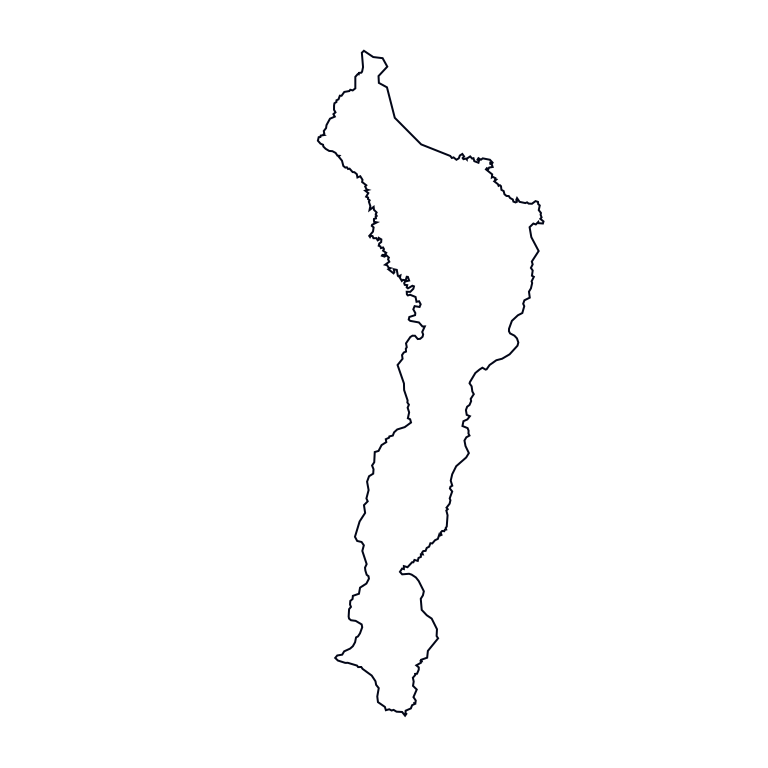 Laranjal do Jari, Amapá, Brazil, rotated 38°
{"feature_id": "56859067B40732020557984", "entity_name": "Laranjal do Jari", "entity_type": "district", "adm_level": 2, "iso_a3": "BRA", "parent_name": "Brazil", "parent_adm1": "Amapá", "projection": "orthographic", "projection_center": [-53.198, 0.775], "detail": "fine", "context": "isolated", "style": "outline", "palette": "ink", "viewbox_px": 768, "rotation_deg": 38, "n_neighbors": 0, "source": "geoboundaries", "source_scale": "gbopen_adm2", "svg_char_len": 6165}
<svg xmlns="http://www.w3.org/2000/svg" viewBox="0 0 768 768"><g transform="rotate(38 384 384)"><path d="M527.1,626.0L536.1,622.5L537.9,623.0L540.3,621.0L542.6,621.7L553.8,621.3L560.3,623.5L563.0,625.9L567.1,626.9L571.1,634.4L575.1,638.4L583.5,637.9L586.3,639.9L588.4,637.1L591.0,636.6L592.2,634.9L595.6,634.5L600.2,631.3L604.8,632.4L604.7,630.2L603.5,630.1L602.2,628.1L604.9,623.1L603.9,619.8L605.0,617.6L604.4,616.9L605.4,616.5L603.9,613.9L600.0,612.6L597.9,604.6L592.7,604.0L590.6,600.2L587.6,597.7L587.8,594.2L587.0,593.3L588.4,592.0L587.3,587.8L585.9,585.9L582.7,585.8L584.7,580.9L583.5,579.8L584.4,579.2L583.1,578.4L586.5,573.1L582.9,567.3L583.2,551.1L580.6,550.2L576.7,544.6L566.0,539.5L560.1,539.9L552.8,538.8L545.2,530.6L544.8,526.6L543.0,522.8L532.7,517.9L528.2,516.8L523.1,517.2L520.6,518.1L515.5,522.8L512.2,522.2L511.9,518.3L513.6,517.6L511.8,515.3L515.3,513.9L515.9,507.1L516.9,506.4L516.3,503.9L519.5,502.6L518.3,499.8L519.5,497.5L517.9,495.5L519.5,494.4L517.8,493.4L517.8,491.5L519.5,489.9L518.6,486.9L519.7,484.4L518.6,480.9L520.2,479.9L520.4,475.7L521.8,472.9L520.2,468.5L521.5,468.8L522.2,467.5L520.1,466.2L520.3,464.0L522.1,462.9L521.7,461.5L522.6,460.4L521.3,459.6L521.2,457.7L514.9,448.3L511.0,445.3L511.3,443.4L509.4,443.0L509.4,437.9L507.9,434.7L506.2,433.7L503.9,426.7L500.3,425.8L499.6,424.0L500.4,422.1L496.1,419.1L493.3,413.1L491.5,404.3L494.0,391.3L493.4,386.2L486.4,382.7L482.2,379.0L481.7,375.3L483.1,372.0L481.0,371.0L479.4,368.7L477.0,367.3L471.7,368.8L469.5,364.4L471.5,360.6L471.5,356.5L468.2,357.4L464.6,354.1L463.5,350.7L464.3,347.9L463.2,343.8L461.5,342.4L461.0,336.7L458.2,335.5L454.5,331.9L451.0,330.8L450.5,329.5L449.2,319.0L450.4,313.7L451.5,310.6L455.2,310.1L455.8,309.2L455.5,304.0L457.9,296.1L461.5,291.4L464.7,283.3L465.6,271.6L464.3,268.6L460.7,266.2L457.0,265.6L452.2,266.5L450.0,265.5L448.5,263.5L445.9,255.5L447.2,247.4L449.3,242.9L446.6,236.3L444.3,235.1L443.1,231.6L445.7,226.2L441.4,222.0L440.9,218.2L438.6,213.2L437.1,212.2L436.1,207.3L433.9,207.6L431.3,203.0L428.3,202.1L427.5,198.2L425.1,196.5L424.0,184.0L409.7,177.6L402.2,170.8L402.9,165.6L405.4,164.8L405.8,161.3L406.8,162.1L410.4,159.7L409.6,157.7L405.5,157.6L405.6,155.7L403.2,154.2L402.4,152.6L398.9,151.7L396.8,147.4L394.8,147.3L393.2,145.7L390.8,146.6L389.6,150.9L386.9,152.8L384.9,152.8L384.0,154.4L378.7,157.0L374.4,155.6L374.9,157.5L376.5,158.6L375.9,159.9L373.7,160.6L371.9,159.3L368.9,159.8L366.6,159.1L364.7,160.4L362.1,160.3L359.5,158.3L357.0,158.7L354.4,156.1L352.9,156.0L352.3,157.3L350.7,156.4L346.1,156.4L346.6,153.7L345.4,154.1L345.0,153.2L342.2,153.8L341.8,154.8L340.2,152.2L332.2,152.1L332.2,150.6L333.9,150.5L333.6,148.7L336.0,146.1L333.7,144.6L332.2,145.1L331.6,144.3L333.4,143.6L333.3,142.7L329.4,142.1L322.9,145.4L322.3,147.6L319.4,147.9L319.6,149.7L321.4,149.6L322.2,151.5L318.0,152.8L315.5,151.0L314.7,152.1L311.8,151.6L310.5,155.4L311.0,156.1L309.8,155.9L308.2,157.9L306.9,157.5L307.0,155.4L304.1,154.5L303.1,157.3L304.0,160.1L303.0,162.7L299.3,162.6L298.3,164.1L295.8,163.5L265.8,172.3L228.6,167.6L203.7,148.4L194.6,149.9L190.1,144.7L191.2,131.9L182.3,128.1L174.2,133.0L163.0,133.8L162.6,136.6L172.4,147.2L174.4,151.3L174.5,152.6L172.7,154.3L173.4,155.5L172.5,156.0L172.3,159.6L179.4,168.7L178.6,171.9L176.3,172.9L176.3,174.5L172.9,178.3L173.1,183.0L171.7,184.0L172.9,187.7L171.9,189.7L172.9,191.1L172.1,193.3L173.2,195.3L175.8,198.7L178.5,199.8L178.0,202.5L180.6,203.6L178.1,208.2L179.3,215.4L180.8,218.0L180.8,221.7L182.8,223.5L182.7,224.5L183.7,224.5L181.2,227.2L181.8,228.5L180.6,229.7L182.1,233.0L186.0,233.7L188.7,233.0L190.0,234.2L193.2,234.6L197.3,234.1L200.0,232.3L203.6,231.7L206.7,232.7L208.3,231.7L208.2,232.7L213.4,233.9L217.7,237.2L220.3,237.3L221.3,236.1L223.3,236.7L224.3,235.5L228.8,236.3L230.3,235.3L233.4,235.4L235.9,237.6L237.4,234.9L241.3,236.3L242.4,238.3L247.7,238.3L247.6,240.0L250.6,241.4L251.9,240.9L250.2,243.2L254.1,243.2L254.6,247.4L256.7,246.9L257.5,248.1L259.6,248.1L259.9,249.7L263.7,252.2L265.5,255.8L266.8,250.8L268.8,252.9L272.6,253.4L272.9,255.3L274.7,256.0L274.2,257.0L275.7,258.4L274.5,260.0L275.0,260.9L276.4,262.3L278.9,261.0L276.6,265.8L277.0,266.9L279.4,267.0L281.5,270.7L281.2,276.4L282.5,276.8L282.3,275.4L283.9,274.5L285.9,275.6L288.3,273.7L290.6,274.7L291.1,273.6L290.1,272.1L292.9,271.7L294.4,273.9L293.8,276.2L294.7,278.3L296.4,277.8L297.9,278.8L299.2,277.0L300.9,277.7L301.2,279.5L305.0,279.3L304.8,282.2L303.3,283.2L303.4,284.2L306.0,283.3L306.7,281.1L310.0,281.4L310.4,283.2L312.9,284.4L311.5,289.3L313.4,288.5L316.1,289.5L317.7,288.8L316.8,290.9L323.4,290.9L323.3,289.4L321.0,287.6L323.8,286.2L328.3,290.2L329.2,290.3L330.1,288.4L331.2,290.5L334.6,291.8L334.8,290.3L337.2,288.9L335.9,285.5L336.9,284.9L340.1,287.0L337.5,290.3L337.8,292.1L339.3,293.1L341.4,291.8L342.4,293.9L344.0,293.9L345.9,289.1L347.5,288.6L348.5,290.9L348.0,295.2L345.1,297.3L346.9,299.3L348.3,299.5L349.6,297.6L355.3,296.0L359.0,299.2L360.7,297.2L363.8,298.6L364.6,301.4L360.2,303.8L361.1,307.1L365.0,308.8L366.1,310.6L362.7,315.6L363.8,318.0L365.8,318.1L373.6,314.0L378.9,315.0L380.7,313.5L382.1,319.5L384.3,320.8L385.3,323.0L384.7,326.1L382.9,327.8L378.7,326.9L376.7,328.4L375.8,330.8L376.3,338.4L379.3,341.0L379.5,342.8L381.4,344.9L380.2,347.0L380.4,350.1L383.1,352.7L383.0,360.7L399.4,371.3L403.6,376.4L412.7,382.4L413.8,384.2L416.4,385.0L417.2,388.1L421.3,390.9L423.9,396.3L426.3,395.7L429.0,397.7L426.9,405.2L422.4,411.7L421.7,415.9L422.7,419.2L420.5,422.0L421.0,423.3L419.4,426.4L421.6,428.4L419.7,433.6L420.9,440.1L418.6,443.3L424.5,451.7L424.8,455.6L428.2,457.6L430.7,461.3L429.0,465.9L430.8,471.4L437.2,477.1L440.6,485.0L443.4,486.5L442.8,491.8L448.5,497.2L449.4,507.3L455.2,522.3L459.5,524.2L463.6,522.3L467.4,523.5L469.7,528.9L481.2,536.6L482.1,540.4L484.2,542.5L487.8,545.0L490.1,545.0L492.0,546.7L493.0,552.1L490.5,559.2L493.4,564.7L489.9,570.1L491.6,572.8L491.0,575.7L493.0,578.7L495.2,580.0L495.1,582.9L499.3,589.0L500.9,590.4L503.4,590.5L507.5,588.1L514.4,587.2L516.6,589.1L518.6,595.3L518.9,598.9L518.0,600.9L520.2,605.3L520.9,609.8L520.2,613.4L517.2,619.2L517.7,623.0L514.3,626.7L514.2,629.9L517.9,630.3L525.2,627.6L527.1,626.0Z" fill="none" stroke="#020617" stroke-width="2"/></g></svg>